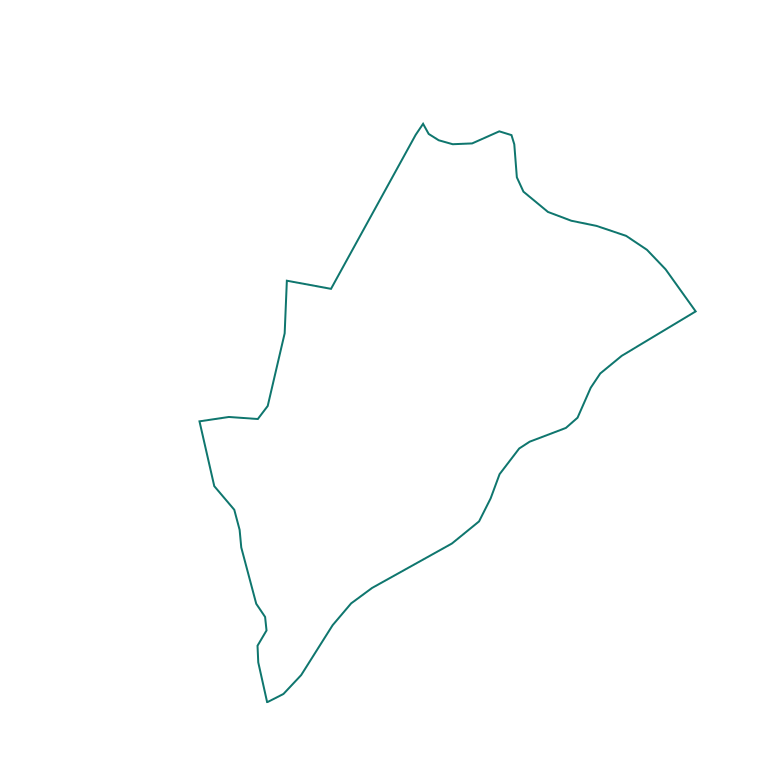 outline of Kisoro, rotated 231°
{"feature_id": "UGA-3376", "entity_name": "Kisoro", "entity_type": "District", "adm_level": 1, "iso_a3": "UGA", "parent_name": "Uganda", "parent_adm1": "", "projection": "robinson", "projection_center": [29.666, -1.19], "detail": "fine", "context": "isolated", "style": "outline", "palette": "teal", "viewbox_px": 768, "rotation_deg": 231, "n_neighbors": 0, "source": "natural_earth", "source_scale": "10m", "svg_char_len": 800}
<svg xmlns="http://www.w3.org/2000/svg" viewBox="0 0 768 768"><g transform="rotate(231 384 384)"><path d="M561.6,578.1L550.2,576.1L539.0,579.9L527.1,588.3L515.5,603.9L507.8,632.6L497.2,639.7L488.3,636.1L461.0,617.3L445.7,613.4L414.5,619.7L393.0,632.3L373.2,648.6L346.7,665.4L322.8,672.8L295.9,675.0L244.3,671.9L256.3,586.5L256.1,558.7L251.0,542.3L236.0,513.2L235.4,497.7L247.5,460.9L248.8,448.5L241.2,417.1L228.0,394.9L217.4,371.4L217.3,336.4L233.0,246.5L234.2,220.4L228.9,192.3L209.9,136.4L206.4,110.8L210.1,93.4L210.4,93.0L246.8,111.1L260.2,121.0L266.4,137.6L277.8,145.0L293.6,146.4L346.8,170.2L361.5,180.0L380.5,188.5L411.4,187.8L471.1,217.1L456.0,242.7L436.2,263.9L440.1,279.8L485.9,338.7L525.4,373.5L491.3,402.7L557.7,565.4L561.6,578.1Z" fill="none" stroke="#0f766e" stroke-width="2"/></g></svg>